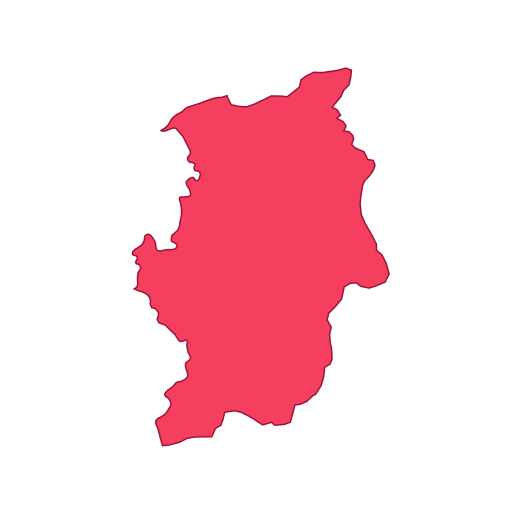 Braslaw, Vitebsk, Belarus, rotated 153°
{"feature_id": "67162791B18102707107362", "entity_name": "Braslaw", "entity_type": "district", "adm_level": 2, "iso_a3": "BLR", "parent_name": "Belarus", "parent_adm1": "Vitebsk", "projection": "mercator", "projection_center": [27.102, 55.56], "detail": "fine", "context": "isolated", "style": "filled", "palette": "rose", "viewbox_px": 512, "rotation_deg": 153, "n_neighbors": 0, "source": "geoboundaries", "source_scale": "gbopen_adm2", "svg_char_len": 4518}
<svg xmlns="http://www.w3.org/2000/svg" viewBox="0 0 512 512"><g transform="rotate(153 256 256)"><path d="M425.4,129.4L418.9,127.0L408.7,124.8L399.8,124.8L391.7,122.1L384.6,118.6L377.5,115.0L370.4,120.8L364.1,121.2L359.7,125.3L354.8,131.0L345.4,127.9L340.1,123.5L335.2,116.8L331.6,111.0L326.7,102.5L317.8,100.8L316.1,96.8L307.6,93.2L300.9,92.3L295.6,98.1L288.9,105.7L284.4,103.9L276.9,103.4L268.9,105.7L265.7,105.7L256.8,111.0L250.6,117.7L245.3,125.7L239.0,126.1L235.0,129.7L231.0,138.6L228.8,146.2L225.7,153.3L221.2,158.6L221.7,166.7L217.2,172.0L208.8,174.7L199.4,178.7L195.8,183.1L191.4,188.5L184.7,188.9L178.9,186.7L176.3,181.3L169.6,176.0L161.1,174.7L152.7,174.2L145.5,179.6L143.3,190.7L143.3,200.0L146.0,206.3L143.3,212.1L143.3,221.4L144.0,236.1L143.4,245.2L139.6,255.0L136.0,260.9L132.3,266.0L129.4,270.0L125.0,273.8L118.8,275.8L113.2,278.7L108.8,282.7L108.2,288.0L112.8,291.4L112.5,294.8L112.5,300.0L114.8,302.5L118.8,307.6L120.2,311.9L115.9,315.9L115.1,319.6L116.8,324.7L121.0,327.3L116.8,331.0L117.3,336.1L121.6,342.1L116.8,343.0L117.3,349.2L120.5,354.1L115.1,356.4L107.9,359.5L102.8,363.8L95.4,366.3L90.8,371.8L86.6,378.3L90.6,382.6L98.8,384.3L106.5,386.9L113.9,389.4L121.0,393.4L128.5,393.7L135.9,392.6L140.4,386.9L145.8,385.7L156.1,383.7L160.7,386.9L169.8,391.7L175.8,391.7L188.0,392.0L196.6,393.1L203.4,397.1L209.4,402.0L209.4,410.8L208.9,411.9L215.0,413.1L219.1,414.9L223.3,415.9L228.0,416.6L231.1,416.9L235.8,417.4L243.3,418.6L247.3,419.2L249.2,419.7L252.9,419.1L255.8,418.3L258.9,418.0L261.8,418.0L264.3,417.7L267.3,417.0L269.8,415.9L271.8,414.4L275.1,412.5L277.8,411.6L281.4,411.1L283.6,410.9L283.1,410.0L280.3,408.7L277.1,408.4L274.2,408.0L272.1,407.8L269.8,406.5L269.1,405.4L268.6,402.5L267.7,399.4L266.8,395.4L266.8,391.9L266.8,386.7L266.8,383.8L266.9,379.8L267.7,377.6L268.4,376.6L269.9,376.0L272.0,374.9L272.9,373.8L273.2,371.5L272.1,369.1L270.9,368.8L269.9,367.7L268.8,366.1L269.0,364.5L270.6,363.6L271.4,362.0L271.8,360.6L270.9,359.1L268.7,357.7L268.1,356.6L268.2,355.2L269.1,353.1L270.3,352.1L271.0,351.2L271.6,350.6L272.7,350.0L274.2,349.9L275.0,350.1L275.7,351.1L275.7,352.1L275.7,353.2L276.5,354.7L277.9,355.1L279.6,355.2L280.9,355.1L282.3,354.6L284.2,353.9L285.1,352.5L285.5,351.0L285.3,348.5L285.1,347.0L285.1,345.2L285.2,344.3L285.6,342.3L285.9,341.1L286.5,340.3L287.6,339.8L288.8,339.6L289.9,339.6L290.8,340.2L291.6,340.6L292.5,340.9L293.9,341.4L295.0,342.1L296.0,342.7L297.5,342.6L298.0,342.0L298.7,340.5L299.1,337.9L299.7,335.6L300.8,332.3L301.7,330.2L302.9,327.7L303.8,326.4L305.8,323.8L307.9,321.3L308.7,320.1L310.1,318.1L311.3,316.6L312.8,315.5L314.8,314.2L316.6,313.8L318.7,313.2L320.2,312.9L321.3,312.6L322.3,311.6L323.7,309.9L324.3,308.6L324.3,306.8L323.3,305.8L322.1,304.1L321.5,302.2L321.8,300.4L323.3,299.5L324.3,299.3L326.1,299.2L327.8,299.8L329.0,300.4L330.1,300.9L331.5,301.7L333.4,302.3L335.5,303.0L337.9,303.5L340.8,304.9L341.6,306.5L341.6,308.0L341.3,309.1L340.5,311.1L339.9,312.5L339.5,314.7L339.7,317.5L339.9,319.3L340.2,321.0L340.7,322.5L341.6,323.9L343.0,324.6L345.2,324.6L346.6,323.5L347.6,321.9L349.1,320.0L351.7,318.3L353.1,317.7L356.6,317.1L360.1,316.9L363.0,316.1L364.2,315.5L365.2,313.9L364.9,312.3L363.8,311.6L362.5,310.3L362.4,308.9L363.1,307.3L365.3,305.9L366.1,305.1L366.2,303.3L364.8,302.5L363.7,300.4L363.7,299.9L364.2,297.9L365.6,296.3L368.0,295.2L369.7,293.3L371.0,291.2L372.1,289.1L373.4,286.3L373.9,285.0L375.0,283.5L376.1,282.6L378.0,282.1L379.4,282.0L377.2,279.2L374.5,276.5L372.0,273.7L370.3,270.7L369.7,267.7L369.9,265.2L371.0,263.0L372.0,261.3L372.4,257.2L369.7,255.2L369.0,252.7L368.7,250.1L369.4,247.9L370.6,246.7L372.7,244.7L372.9,242.6L372.6,240.3L370.6,238.3L368.1,235.5L366.3,229.7L365.0,226.1L363.7,222.8L363.7,220.8L363.2,216.6L362.4,214.4L361.0,213.5L359.3,213.4L357.1,213.1L356.2,212.3L356.1,210.4L357.1,209.4L357.7,208.4L359.0,205.8L359.4,203.9L360.2,200.8L360.2,197.8L360.3,195.4L361.2,194.3L362.5,193.5L363.6,193.3L365.8,192.9L367.4,192.3L368.7,190.4L369.2,188.6L369.8,185.4L370.2,182.4L371.5,179.8L373.5,178.8L375.2,178.3L377.6,178.3L379.2,178.3L380.9,178.5L382.6,179.3L384.6,179.4L386.2,178.7L389.0,177.6L390.6,177.2L393.2,176.8L395.5,176.5L397.8,175.6L399.6,174.9L400.4,173.3L400.1,171.6L399.2,170.2L398.5,168.4L398.3,166.3L398.3,164.5L399.3,162.0L400.9,160.7L403.0,159.6L405.0,158.2L406.9,157.1L409.1,156.4L411.3,156.0L414.8,155.6L417.1,155.8L419.5,155.0L420.1,154.5L421.4,151.8L421.5,150.0L421.7,146.7L422.3,144.4L422.8,141.7L423.9,137.1L424.7,132.9L425.4,129.4Z" fill="#f43f5e" stroke="#9f1239" stroke-width="1.5"/></g></svg>